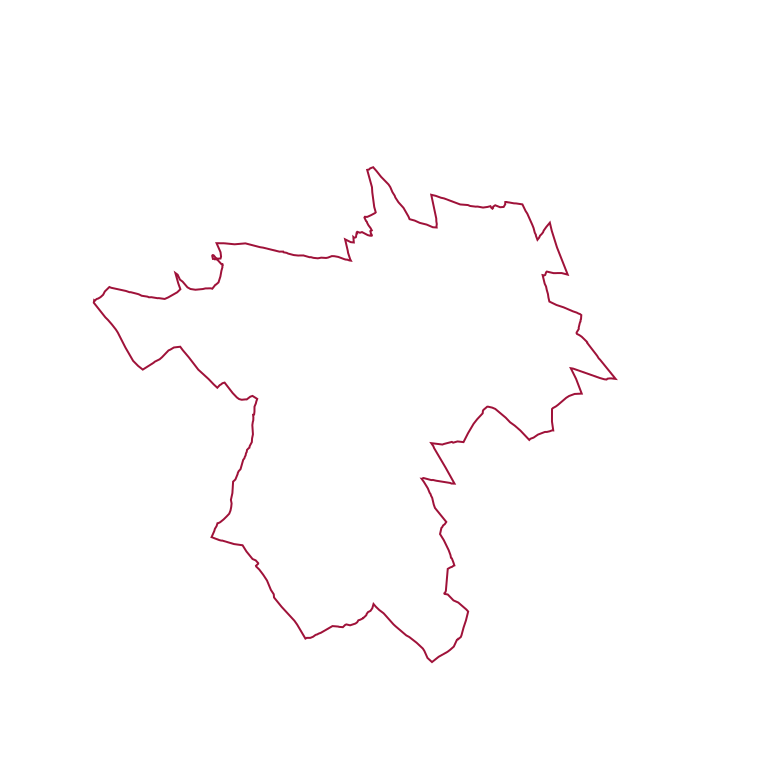 Birkenes nor, Aust-Agder, Norway, rotated 231°
{"feature_id": "86288312B11283211528178", "entity_name": "Birkenes nor", "entity_type": "district", "adm_level": 2, "iso_a3": "NOR", "parent_name": "Norway", "parent_adm1": "Aust-Agder", "projection": "equal_earth", "projection_center": [8.204, 58.44], "detail": "fine", "context": "isolated", "style": "outline", "palette": "rose", "viewbox_px": 768, "rotation_deg": 231, "n_neighbors": 0, "source": "geoboundaries", "source_scale": "gbopen_adm2", "svg_char_len": 6166}
<svg xmlns="http://www.w3.org/2000/svg" viewBox="0 0 768 768"><g transform="rotate(231 384 384)"><path d="M405.0,614.4L403.9,608.9L402.7,604.6L401.8,603.1L401.3,600.9L401.1,598.6L400.1,596.7L399.5,594.0L403.7,595.4L404.3,595.9L406.7,596.4L411.1,598.4L414.3,599.4L426.3,602.6L429.3,602.9L436.5,604.6L441.2,600.3L442.6,598.7L446.8,595.1L447.0,594.7L448.1,594.0L449.1,592.8L447.8,591.6L447.4,591.4L446.3,588.4L448.3,585.5L452.9,582.9L453.1,580.6L452.9,580.0L452.2,579.6L452.0,578.6L453.3,578.3L455.2,578.6L456.5,575.8L458.8,572.0L463.0,568.4L464.1,566.9L468.1,563.0L470.3,561.8L475.6,556.2L490.4,547.5L492.9,545.5L497.7,542.6L501.3,539.8L479.8,528.8L477.4,527.0L475.1,525.7L473.6,524.1L472.5,523.4L475.1,520.6L481.0,517.5L486.7,513.2L491.7,510.7L496.0,507.6L498.7,508.4L508.6,510.0L516.1,509.6L521.9,510.2L523.5,510.8L527.8,511.3L533.1,512.8L536.2,513.1L547.0,512.1L554.0,512.2L559.3,512.0L560.3,508.9L560.1,507.4L561.0,505.7L544.5,498.5L540.3,495.5L527.7,487.8L522.6,485.6L522.5,484.6L523.4,480.0L524.4,476.2L526.0,474.3L525.6,473.5L521.8,472.6L521.0,472.8L519.7,472.3L517.1,471.8L513.8,471.7L511.1,471.2L511.5,469.8L511.3,469.5L510.6,469.4L509.7,468.7L507.5,468.3L507.0,468.0L507.0,467.7L508.1,466.9L508.0,466.5L509.9,465.1L515.9,462.5L516.7,460.5L519.1,459.0L519.0,458.2L517.8,457.7L518.0,457.0L515.9,454.8L515.8,454.2L516.4,452.9L517.5,452.7L513.0,449.6L515.2,447.4L520.9,444.8L510.4,439.7L508.5,438.6L502.2,436.2L500.7,435.9L501.9,434.8L503.9,433.6L504.5,432.8L505.7,431.9L511.6,428.4L514.6,425.8L516.2,424.0L517.5,420.0L518.4,418.3L521.7,414.7L523.3,411.7L526.5,408.5L528.6,407.0L529.3,406.0L534.7,402.2L537.9,398.1L541.0,395.0L545.8,391.5L547.2,390.9L549.6,388.8L550.3,389.0L552.7,386.0L566.0,375.9L568.3,373.8L580.5,364.8L586.6,355.8L593.7,348.6L598.8,342.5L589.3,339.9L585.5,337.5L584.4,335.9L586.2,333.4L588.0,332.6L591.1,332.6L591.6,332.4L592.0,331.9L591.9,331.4L591.4,331.0L588.9,329.8L588.5,330.5L587.4,330.9L586.5,332.3L584.5,332.8L579.4,333.1L578.9,333.9L577.8,333.5L577.4,332.6L576.5,332.0L574.3,328.9L570.5,324.5L567.1,319.3L567.0,315.9L567.2,315.4L566.1,310.5L567.3,309.7L570.7,305.3L571.8,303.0L575.9,296.8L579.6,293.4L582.8,292.1L590.3,291.9L593.5,291.1L598.8,292.4L601.5,291.7L591.8,287.5L585.8,285.4L585.4,281.0L587.1,270.8L588.1,267.1L592.5,263.0L593.1,262.1L597.8,257.9L599.3,255.9L600.7,255.2L605.1,251.2L607.6,250.1L608.9,249.3L614.8,244.9L615.5,244.0L618.7,242.0L630.4,232.6L632.2,231.6L631.6,225.3L630.1,221.9L629.9,218.3L630.3,215.6L630.8,214.5L630.9,213.0L630.7,211.7L631.5,211.5L629.8,209.6L629.1,209.6L611.2,209.4L607.5,209.8L601.5,210.0L595.1,209.9L591.5,209.5L575.1,206.0L559.9,203.6L552.8,204.3L547.0,205.6L545.5,218.4L545.6,219.8L544.4,225.2L544.5,228.3L545.7,237.7L545.2,239.5L544.6,243.7L541.2,249.1L537.0,248.9L527.6,249.1L512.0,248.7L498.2,250.8L490.9,251.4L486.0,252.1L486.5,255.6L486.2,257.4L486.3,258.9L485.4,261.0L472.2,260.7L466.1,261.2L463.5,261.9L461.3,263.5L459.2,266.7L458.4,267.6L458.3,272.1L457.5,274.3L452.2,276.1L450.8,273.8L449.5,272.1L447.9,269.1L444.0,265.9L442.0,263.8L442.5,262.9L440.3,261.5L438.0,259.5L437.1,258.2L434.9,255.8L427.4,250.5L424.7,247.2L422.0,244.7L420.3,240.6L419.2,239.3L419.3,238.6L419.0,236.1L417.5,234.4L417.0,233.1L415.5,231.4L415.1,230.2L414.1,228.7L413.7,226.9L408.1,218.9L407.7,216.2L406.8,214.3L406.2,213.7L403.3,208.4L403.1,205.3L394.6,197.5L390.3,192.1L387.1,190.4L384.6,187.9L382.3,185.1L380.6,182.1L380.1,178.4L379.7,174.2L379.7,169.7L380.1,167.8L380.6,167.0L378.9,164.4L377.9,161.5L376.5,159.5L373.5,153.6L366.3,157.8L364.7,159.0L364.2,159.7L354.0,166.7L347.7,172.6L340.4,171.7L330.7,171.7L327.7,173.3L323.9,173.5L323.5,173.1L323.3,170.1L322.6,169.8L318.4,170.3L311.9,170.1L304.9,169.4L295.1,166.5L290.0,166.0L287.3,164.2L275.2,164.2L256.4,165.4L251.7,165.1L235.6,162.7L235.3,164.2L233.1,166.9L232.2,169.9L232.1,172.5L231.9,173.5L231.4,174.5L231.2,176.0L230.4,178.3L228.3,191.6L224.4,195.7L223.5,196.3L220.9,199.0L221.2,202.3L220.8,203.5L217.8,205.8L215.8,211.1L215.7,213.2L216.5,215.4L215.8,217.1L215.1,220.3L215.4,220.5L215.2,220.9L215.4,224.2L215.6,225.0L216.2,225.8L216.8,228.0L216.2,230.7L217.1,233.8L219.6,237.4L216.1,237.5L211.3,238.1L206.1,239.4L204.4,239.5L191.3,240.1L188.5,240.5L174.6,243.1L171.5,244.4L162.5,246.5L154.0,247.7L151.2,247.4L143.7,245.4L137.7,246.3L137.6,254.9L135.9,264.8L135.8,268.1L136.0,273.0L139.3,279.7L139.1,280.1L139.3,281.1L138.9,281.3L139.1,282.0L139.0,284.3L139.9,286.0L144.6,292.5L148.7,298.9L154.2,306.2L156.8,306.1L167.4,304.2L172.1,301.8L180.3,301.1L182.7,299.0L183.1,299.0L183.4,299.2L183.4,300.2L184.3,301.9L200.2,317.2L199.7,320.2L199.1,321.8L199.0,323.7L198.7,324.5L201.5,325.6L205.8,327.0L206.8,326.7L209.2,328.0L214.2,329.7L225.0,332.2L232.1,333.1L236.0,338.0L236.1,339.1L236.9,341.0L236.8,342.9L237.6,345.6L255.6,345.6L259.0,346.8L265.2,349.8L267.7,350.3L269.1,350.9L270.7,351.0L275.3,352.4L282.9,353.4L286.6,353.6L286.3,353.9L286.3,355.0L286.0,355.6L280.1,359.9L279.1,360.8L278.7,361.6L276.1,363.6L267.2,371.6L265.4,373.2L264.3,373.7L262.2,376.1L280.0,379.2L302.7,382.6L304.5,383.2L308.3,383.5L300.2,391.3L299.7,392.8L296.3,400.3L294.9,400.8L293.1,405.0L288.8,409.2L292.9,418.4L296.7,428.6L298.0,434.3L299.1,442.2L300.9,444.0L301.3,445.0L301.4,449.9L301.0,450.5L297.6,453.2L294.6,454.8L281.2,457.4L274.9,457.9L269.4,459.4L262.0,460.7L249.1,461.7L249.3,463.3L248.2,466.5L247.8,471.8L245.5,478.8L244.2,480.5L242.9,483.2L242.2,485.4L241.4,486.3L249.1,490.9L258.8,498.8L259.0,500.1L258.4,503.4L258.3,506.0L258.6,516.9L258.2,520.3L256.3,525.9L252.1,531.6L267.1,536.5L278.7,539.1L276.9,540.7L253.0,555.4L249.0,558.2L247.4,559.8L247.5,561.0L246.4,562.8L245.4,564.1L242.2,567.2L267.0,567.2L268.8,567.0L271.8,567.4L288.3,567.8L288.5,568.2L289.3,568.2L296.3,567.4L299.0,566.6L301.4,565.5L302.2,565.6L302.8,566.1L304.2,570.0L305.2,570.7L308.0,574.3L308.8,575.5L308.8,575.9L310.3,577.4L310.4,577.9L313.4,580.7L315.1,580.3L316.3,579.5L318.2,578.7L321.5,576.6L330.6,571.8L336.8,567.8L344.0,564.4L347.7,566.2L350.7,568.0L354.7,569.7L357.8,571.3L360.8,572.0L368.8,575.8L367.5,576.9L367.3,577.9L368.8,580.3L368.9,581.3L363.5,585.5L358.4,591.9L353.4,595.6L381.3,604.4L397.5,610.8L405.0,614.4Z" fill="none" stroke="#9f1239" stroke-width="2"/></g></svg>